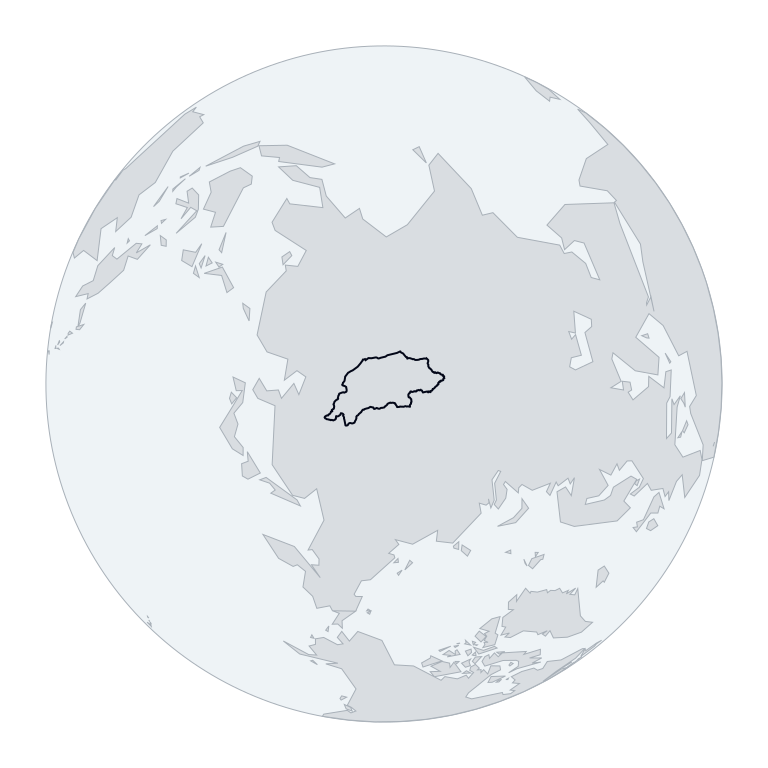 Mongolia on an orthographic globe, rotated 156°
{"feature_id": "MNG", "entity_name": "Mongolia", "entity_type": "country or territory", "adm_level": 0, "iso_a3": "MNG", "parent_name": "Asia", "parent_adm1": "", "projection": "orthographic", "projection_center": [102.872, 46.856], "detail": "fine", "context": "on_globe", "style": "outline", "palette": "ink", "viewbox_px": 768, "rotation_deg": 156, "n_neighbors": 0, "source": "natural_earth", "source_scale": "50m", "svg_char_len": 17808}
<svg xmlns="http://www.w3.org/2000/svg" viewBox="0 0 768 768"><g transform="rotate(156 384 384)"><circle cx="384" cy="384" r="338" fill="#eef3f6" stroke="#a8b0b8"/><path d="M574.3,104.8L575.4,105.5L573.3,106.9L550.3,100.8L548.0,97.0L542.7,96.7L545.3,101.8L548.2,105.4L533.6,116.8L538.5,141.1L551.0,152.0L539.7,147.7L570.8,171.6L580.5,190.2L562.8,167.4L555.8,163.8L559.0,175.1L552.5,174.0L550.3,179.1L542.2,177.0L532.5,164.7L527.1,163.3L529.7,171.5L523.2,175.2L520.2,163.2L508.6,168.6L490.2,150.6L488.7,123.2L471.7,114.4L452.4,90.1L447.4,91.9L436.9,84.8L427.3,84.6L426.5,80.8L419.5,84.0L422.1,87.5L419.9,90.2L414.5,90.6L412.5,85.7L414.9,84.8L411.5,83.6L412.8,81.0L409.1,82.5L407.2,76.9L401.0,83.1L392.8,79.3L393.8,75.5L404.2,75.0L432.4,67.5L436.6,64.8L432.0,60.7L401.3,54.0L401.6,51.9L394.3,49.6L389.3,50.7L393.2,53.1L382.1,55.3L388.2,58.7L384.6,60.3L386.7,64.8L375.0,65.3L362.6,63.5L360.2,60.1L354.7,59.5L347.7,64.1L334.5,59.9L310.4,61.5L308.2,60.7L320.5,55.6L343.8,51.4L359.7,47.7L337.9,51.5L332.8,50.7L327.1,51.5L320.7,52.8L318.1,53.9L314.0,54.3L334.1,49.8L338.1,49.4L331.7,50.6L342.6,48.9L356.1,47.2L355.8,47.3L381.4,46.1L406.9,46.9L432.4,49.6L457.6,54.2L482.3,60.7L506.5,69.1L530.0,79.2L552.6,91.2L574.3,104.8ZM697.3,262.8L694.9,258.8L695.2,257.2L697.3,262.8ZM694.2,259.1L694.9,259.9L694.4,259.8L694.2,259.1ZM694.3,260.9L694.2,259.6L694.7,261.7L694.3,260.9ZM694.9,264.1L694.5,262.2L694.7,262.6L694.9,264.1ZM694.8,267.4L694.6,268.0L694.0,265.8L694.8,267.4ZM550.6,107.4L546.0,102.1L546.1,98.2L550.7,102.6L550.6,107.4ZM549.5,116.3L545.5,113.1L551.7,112.7L552.1,114.6L549.5,116.3ZM561.5,160.6L559.0,154.7L563.6,160.9L561.5,160.6ZM551.4,180.2L554.2,182.3L551.9,184.2L551.4,180.2ZM392.9,64.4L389.9,64.6L391.1,63.6L392.9,64.4ZM396.7,66.4L400.3,65.1L402.7,65.9L400.4,66.6L396.7,66.4ZM537.4,182.8L532.8,185.4L535.8,180.6L537.4,182.8ZM391.8,67.8L406.4,67.5L410.4,69.0L405.1,73.2L391.8,67.8ZM529.0,185.6L518.1,192.7L523.3,197.8L502.3,188.0L518.6,184.8L521.4,177.8L523.8,183.5L529.0,185.6ZM425.3,88.5L422.3,84.7L429.8,87.6L425.3,88.5ZM430.7,89.8L457.0,96.1L458.8,102.4L449.6,98.7L455.9,107.1L443.8,106.9L437.6,102.3L438.9,98.2L433.3,101.4L430.7,89.8ZM492.4,181.8L488.3,182.0L490.7,179.5L492.4,181.8ZM419.7,91.6L424.8,92.1L426.7,97.4L416.7,97.5L419.3,95.7L419.7,91.6ZM463.5,109.6L463.1,113.9L453.2,114.8L451.8,116.7L443.7,107.5L463.5,109.6ZM416.1,94.7L411.6,97.4L405.7,95.3L414.7,91.5L416.1,94.7ZM431.4,98.9L431.8,101.6L428.3,100.0L431.4,98.9ZM382.5,90.4L388.6,90.4L390.1,93.1L382.5,90.4ZM410.3,98.6L412.3,99.3L413.6,100.5L409.5,101.9L410.3,98.6ZM437.3,109.0L433.2,108.7L440.1,112.8L432.9,114.1L428.8,107.8L427.6,111.1L425.4,111.5L424.5,106.0L437.3,109.0ZM409.2,107.1L401.5,100.2L389.8,99.4L388.1,96.8L407.3,98.8L409.2,107.1ZM418.3,106.9L412.3,106.4L413.2,103.2L417.9,101.6L418.3,106.9ZM429.6,117.3L441.6,116.9L442.1,118.4L429.6,117.3ZM405.6,107.4L407.5,109.1L404.7,107.7L405.6,107.4ZM422.0,114.8L426.2,114.4L426.6,116.0L422.0,114.8ZM407.9,113.0L405.4,110.7L408.5,109.4L407.9,113.0ZM414.2,114.3L413.8,116.7L411.1,110.3L416.0,113.8L414.2,114.3ZM421.7,116.4L423.3,117.3L419.9,116.4L421.7,116.4ZM397.5,119.5L393.4,111.8L400.3,108.9L403.4,116.6L397.5,119.5ZM112.4,183.0L124.4,184.5L117.2,198.6L115.8,232.3L113.9,239.2L103.4,246.4L93.9,290.6L103.3,289.9L105.2,323.9L113.3,340.5L135.0,324.3L121.9,296.5L130.1,280.9L149.1,293.9L162.1,319.4L165.7,314.2L166.3,290.0L178.3,288.3L167.6,281.1L165.2,289.6L158.5,285.6L160.2,277.8L164.3,277.2L163.0,268.2L143.4,274.0L139.0,283.3L129.8,266.6L121.5,280.6L115.9,280.0L127.8,256.1L133.5,251.6L148.1,219.3L141.3,222.3L127.0,253.4L127.4,247.2L118.1,252.7L125.6,243.7L143.0,210.2L140.7,195.6L122.2,194.7L124.2,185.8L132.9,172.2L155.4,158.0L148.5,179.8L156.4,176.1L171.2,161.6L167.8,169.8L173.0,166.9L171.7,175.1L183.1,178.2L183.8,186.0L201.0,179.9L203.7,183.3L192.8,185.8L185.5,192.1L188.8,213.0L193.2,214.8L204.1,209.4L203.6,216.3L213.8,208.5L221.9,218.3L220.5,200.2L233.3,194.5L245.2,196.9L249.1,192.1L229.9,188.4L222.4,190.0L216.4,196.4L195.8,199.4L191.9,194.1L212.5,179.5L209.3,170.7L226.7,164.1L268.1,176.5L278.9,186.2L269.8,215.2L260.0,216.1L258.3,205.8L248.1,221.0L254.5,217.0L254.2,223.1L266.3,220.2L266.6,224.4L277.7,214.7L279.4,219.6L272.4,225.7L291.8,226.6L298.8,236.1L303.1,234.4L305.6,229.9L312.8,245.6L315.7,243.6L314.4,237.7L319.2,230.2L330.4,223.3L332.3,229.1L328.5,232.3L323.3,248.3L312.9,256.7L314.8,258.5L324.3,252.6L330.6,233.0L336.8,227.3L335.3,236.6L336.3,232.8L340.0,231.8L345.4,236.4L347.8,226.5L385.9,210.7L400.1,219.1L394.5,228.5L423.0,226.0L436.9,237.2L435.7,231.4L448.6,227.4L444.4,223.8L444.8,220.8L476.0,210.7L484.7,213.4L496.8,204.1L496.2,201.4L490.3,198.7L502.3,188.0L523.3,197.8L523.7,203.4L536.6,206.4L535.5,219.1L540.6,231.5L531.9,244.8L536.7,254.1L541.2,254.3L551.2,267.6L555.8,295.8L532.0,272.0L521.0,233.0L523.8,248.4L517.2,244.9L514.5,250.6L516.9,261.9L520.9,263.2L494.2,284.0L488.1,315.7L503.1,311.8L512.8,319.5L519.0,355.8L492.4,408.5L505.1,422.2L506.2,432.2L495.7,439.9L493.9,425.4L482.9,421.5L483.5,412.6L466.1,421.2L466.1,408.9L452.5,422.3L458.1,431.6L473.5,428.0L461.7,445.8L477.8,460.9L480.0,480.4L454.2,516.0L427.3,527.1L425.8,532.8L414.9,526.5L400.7,537.6L421.0,568.6L420.5,577.3L397.3,593.0L396.8,586.9L368.1,570.0L362.8,589.8L384.5,607.2L392.0,625.2L375.3,619.1L367.7,602.7L357.5,596.2L360.3,579.2L351.9,551.4L335.0,554.4L336.3,543.4L322.1,517.4L297.9,520.0L259.4,539.7L254.0,565.7L240.8,572.7L224.8,527.0L225.5,498.2L214.8,496.2L202.5,463.8L167.0,439.4L166.3,429.9L158.7,428.2L150.7,412.1L151.4,397.0L144.5,391.4L143.9,431.4L151.7,437.6L164.4,433.3L162.3,445.2L170.5,462.9L145.7,474.4L100.2,456.0L103.2,434.5L107.0,356.0L111.1,351.5L111.4,350.8L111.9,349.3L104.6,355.2L107.8,340.5L97.8,390.4L92.8,407.5L99.5,456.4L97.0,457.1L101.4,469.7L124.4,485.1L122.9,491.1L107.5,507.6L82.1,511.8L89.8,539.4L95.3,556.4L89.3,549.4L78.0,527.4L68.3,504.6L60.4,481.2L54.1,457.2L49.6,432.9L47.0,408.3L46.1,383.6L47.0,358.9L47.1,358.4L48.2,346.0L48.5,343.9L52.4,319.2L58.1,294.8L65.5,271.0L74.8,247.7L85.7,225.2L98.3,203.6L112.4,183.0ZM108.7,193.2L105.6,196.5L108.7,193.2ZM168.3,358.8L181.0,373.3L188.4,352.7L193.9,356.8L194.4,348.6L188.9,351.2L192.0,330.0L202.2,331.8L207.4,324.2L203.4,319.0L184.1,319.4L179.5,349.3L170.9,352.0L168.3,358.8ZM331.6,51.0L329.9,51.3L323.3,52.5L326.2,51.8L331.6,51.0ZM295.3,60.9L289.4,61.4L295.6,60.2L298.5,58.8L315.1,55.1L308.0,60.2L308.2,58.3L295.3,60.9ZM335.3,52.5L325.5,53.6L336.5,52.2L335.3,52.5ZM203.0,145.2L198.2,150.3L192.3,151.2L191.5,143.2L200.1,141.6L203.0,145.2ZM192.8,157.6L213.5,146.4L214.8,151.6L210.6,150.4L209.4,155.0L202.2,154.5L183.3,171.1L176.9,173.1L178.9,156.1L181.8,160.2L186.3,154.7L192.8,157.6ZM263.9,115.0L272.9,112.0L264.1,126.9L256.8,128.1L255.5,119.7L263.4,113.3L263.9,115.0ZM379.7,76.1L383.7,75.2L384.2,76.4L381.3,78.1L379.7,76.1ZM385.2,90.2L362.8,81.8L366.2,80.1L349.0,78.0L351.4,73.1L362.5,74.5L351.3,69.6L362.3,68.8L353.8,66.2L378.2,69.8L387.6,69.5L376.2,71.5L373.8,75.9L375.6,77.8L387.7,83.0L406.7,85.3L407.3,90.7L402.7,93.9L398.3,94.1L399.2,90.4L392.5,93.4L390.6,88.4L385.2,90.2ZM348.4,137.5L351.4,131.5L337.7,139.8L335.6,133.4L334.1,134.8L328.5,131.5L319.0,130.0L319.6,126.8L315.7,127.7L311.8,125.7L306.6,125.9L305.9,120.6L299.5,120.5L302.8,118.1L291.9,119.6L299.7,116.2L295.5,113.8L290.2,118.3L298.9,92.3L296.6,85.2L290.4,81.5L304.6,77.0L319.4,78.1L332.5,83.1L332.7,91.1L339.1,88.0L341.0,91.1L335.2,92.2L345.4,92.4L345.4,95.3L357.1,101.8L371.8,101.0L376.4,103.7L370.7,105.5L379.3,107.0L371.7,112.4L374.8,114.6L370.4,122.4L357.6,125.2L362.1,127.5L359.0,134.1L348.4,137.5ZM395.9,121.6L381.0,125.6L372.6,124.3L383.8,111.2L382.0,108.5L388.8,100.8L400.9,103.0L397.8,104.9L397.7,107.3L394.0,105.7L396.8,108.9L392.7,111.8L393.7,115.1L388.6,115.4L395.9,121.6ZM118.2,240.3L117.9,244.6L118.8,249.9L113.0,253.9L118.2,240.3ZM129.6,217.3L130.3,219.9L122.5,227.3L122.8,223.2L129.6,217.3ZM137.4,215.4L131.0,219.5L134.6,214.8L137.4,215.4ZM194.1,188.2L195.6,191.0L193.1,192.9L189.2,193.2L194.1,188.2ZM307.1,163.2L310.2,159.3L312.3,159.8L323.4,154.8L325.8,159.5L320.0,164.3L307.1,163.2ZM128.9,323.3L122.7,322.7L123.2,318.1L125.2,319.2L128.9,323.3ZM114.5,286.8L114.6,297.9L112.9,287.7L114.5,286.8ZM311.6,167.4L315.9,164.7L314.4,168.7L311.6,167.4ZM328.1,162.7L327.5,167.1L327.3,159.5L328.1,162.7ZM125.7,589.9L130.6,607.2L121.9,597.3L113.8,586.4L107.6,572.5L115.6,578.5L117.7,575.0L125.7,589.9ZM476.4,656.0L486.3,655.1L485.9,656.0L476.4,656.0ZM466.1,654.4L477.5,653.0L464.0,656.7L466.1,654.4ZM481.9,652.3L493.6,648.4L498.6,645.9L497.6,648.0L481.9,652.3ZM458.3,655.5L415.5,658.4L398.6,656.1L402.6,652.6L430.1,652.7L458.3,655.5ZM401.3,652.5L375.3,641.5L339.6,605.2L352.4,607.3L389.7,630.1L387.3,633.4L403.1,642.2L401.3,652.5ZM463.9,629.5L461.4,639.6L437.9,641.0L427.2,640.0L419.8,627.5L423.9,620.6L432.7,620.4L466.6,593.3L478.5,597.8L468.1,609.4L477.8,617.2L463.9,629.5ZM255.4,568.7L262.4,586.3L255.3,586.5L255.4,568.7ZM480.1,573.7L466.6,586.7L478.9,570.0L480.1,573.7ZM487.2,558.0L488.2,563.8L482.6,558.9L487.2,558.0ZM425.6,541.6L416.3,543.3L416.0,538.8L427.7,534.0L425.6,541.6ZM481.6,496.5L481.8,510.3L480.2,515.2L475.8,507.5L481.6,496.5ZM338.2,207.8L320.1,209.2L308.6,214.3L304.6,223.1L302.4,211.7L320.1,203.8L338.2,207.8ZM379.8,209.5L383.1,202.5L386.9,205.6L386.6,207.6L379.8,209.5ZM378.1,205.2L372.5,196.7L377.8,192.8L381.2,200.3L378.1,205.2ZM341.4,180.8L335.8,180.8L337.1,177.4L341.4,180.8ZM546.6,680.2L545.3,680.5L538.1,684.4L546.5,679.2L535.4,685.6L532.3,685.8L521.3,689.6L456.3,711.5L442.8,713.2L448.0,710.5L439.1,703.4L443.7,703.1L442.9,696.1L482.2,682.6L511.0,661.1L530.9,656.4L547.2,639.2L567.1,632.4L560.0,644.4L579.3,641.0L595.9,613.4L604.1,628.2L615.6,625.0L614.6,630.6L603.8,640.7L576.2,661.9L546.6,680.2ZM665.9,570.4L662.8,574.8L662.0,575.1L663.9,572.7L665.9,570.4L665.9,570.4ZM677.0,549.9L677.6,549.5L676.6,551.2L677.0,549.9ZM676.2,550.8L678.0,547.1L677.3,549.2L676.2,550.8ZM668.0,552.7L669.6,550.0L670.1,550.2L668.0,552.7ZM500.9,652.2L515.0,642.3L522.4,639.8L500.9,652.2ZM666.3,552.4L662.7,555.9L663.2,554.3L666.3,552.4ZM666.8,549.2L666.6,547.8L668.4,549.7L666.8,549.2ZM660.2,552.0L664.4,550.9L659.6,552.9L660.2,552.0ZM657.4,555.0L654.2,556.5L654.4,555.7L657.4,555.0ZM617.5,586.9L630.1,589.2L619.4,596.1L607.6,596.7L597.3,608.5L574.5,618.2L580.0,611.8L577.2,606.7L553.1,613.3L548.2,610.5L557.0,604.5L540.8,606.2L558.6,598.2L565.7,605.0L575.6,593.8L592.4,588.2L608.3,583.2L620.7,582.5L617.5,586.9ZM558.3,618.3L561.3,617.2L558.5,620.8L558.3,618.3ZM647.9,557.1L652.6,557.2L652.0,558.7L649.6,560.1L647.9,557.1ZM623.6,579.2L637.1,563.2L640.1,561.2L631.1,575.4L623.6,579.2ZM634.0,560.5L640.0,557.4L643.1,559.2L641.8,561.3L634.0,560.5ZM521.9,621.3L521.2,624.0L516.5,623.2L521.9,621.3ZM528.0,618.2L542.1,616.8L526.7,620.7L528.0,618.2ZM484.6,618.4L488.7,624.0L502.2,617.5L491.9,625.2L500.8,633.3L497.7,637.6L488.9,628.7L485.5,640.2L479.5,641.0L476.4,632.1L482.5,619.2L488.5,613.1L512.6,606.2L484.6,618.4ZM528.0,610.6L524.3,604.2L527.0,598.4L531.1,601.3L528.0,610.6ZM512.8,588.2L502.5,580.9L493.4,586.3L511.7,569.3L518.6,579.1L512.8,588.2ZM503.8,569.1L495.2,574.1L503.9,564.4L503.8,569.1ZM492.9,571.2L491.7,564.5L498.6,564.2L492.9,571.2ZM508.2,568.5L509.5,556.4L513.1,562.6L508.2,568.5ZM488.2,549.2L503.3,558.2L484.1,556.6L482.2,533.2L490.3,531.4L488.2,549.2ZM526.8,438.6L524.2,431.4L531.2,427.8L531.0,433.7L526.8,438.6ZM551.8,411.2L532.3,424.5L516.2,435.7L521.7,438.0L519.1,451.8L510.2,441.5L520.6,424.5L533.0,418.4L533.7,406.8L542.1,396.7L538.5,383.3L541.8,376.0L548.9,386.5L551.8,411.2ZM536.4,377.8L533.2,353.0L547.0,352.4L550.8,357.6L546.5,369.1L539.5,368.7L536.4,377.8ZM536.5,347.0L529.7,346.6L510.6,313.5L510.0,306.6L531.8,330.3L526.5,331.4L528.8,339.9L536.5,347.0ZM490.1,184.9L488.4,182.3L492.2,183.8L490.1,184.9ZM442.2,218.9L443.4,215.2L447.7,216.7L442.2,218.9ZM448.9,205.8L443.2,206.6L448.5,203.3L448.9,205.8ZM430.6,209.1L440.6,205.7L432.2,212.5L430.6,209.1Z" fill="#d9dde1" stroke="#a8b0b8" stroke-width="1"/><path d="M326.6,364.9L327.0,364.9L327.8,364.5L327.9,364.3L328.0,363.8L328.3,363.5L329.1,363.4L329.3,363.5L330.0,363.6L330.4,363.9L330.7,363.9L330.8,363.8L330.9,363.5L331.1,363.4L331.3,363.8L331.8,363.8L332.1,363.7L332.2,363.3L332.4,363.2L332.6,363.3L333.0,363.4L333.3,363.1L334.0,362.9L334.1,362.7L334.1,362.3L334.2,361.8L334.6,361.6L335.1,361.7L335.5,361.6L335.7,361.1L335.9,361.0L336.6,360.9L337.7,360.6L338.2,360.6L338.7,360.2L339.0,360.1L339.8,359.7L341.0,359.5L341.3,359.6L341.4,359.3L341.8,359.1L342.0,359.1L342.5,358.6L342.9,358.5L344.3,358.6L344.7,358.2L344.8,357.8L345.1,357.8L345.3,358.2L345.8,358.7L345.9,358.9L346.1,359.0L346.4,358.8L346.6,358.5L346.8,358.4L347.2,358.6L347.3,359.3L347.6,359.6L348.2,359.7L349.5,360.0L351.2,360.3L351.8,360.4L351.9,360.7L352.0,361.9L352.0,362.4L352.1,362.7L352.3,362.8L352.7,363.3L352.8,363.7L353.2,363.6L354.0,363.7L354.3,363.9L354.4,364.2L354.6,364.4L355.7,364.5L355.9,364.6L356.2,364.7L356.3,364.5L356.9,364.4L357.2,364.2L357.5,364.2L357.7,364.5L358.0,364.5L358.1,364.3L358.3,364.4L358.9,364.7L359.1,365.0L359.4,365.1L359.9,365.0L360.0,365.1L360.6,365.1L361.7,365.3L362.1,365.8L362.2,366.1L362.4,366.3L363.0,366.3L363.8,365.7L364.0,365.3L364.5,365.2L365.0,365.2L365.3,364.9L365.6,364.8L366.0,364.5L366.6,363.2L366.8,362.1L366.8,361.8L366.6,361.7L366.3,361.6L365.9,361.1L365.7,360.4L365.7,359.9L365.3,359.1L365.4,358.7L365.7,358.0L365.8,357.4L365.9,357.0L366.0,356.8L366.3,356.4L366.5,356.2L366.8,356.2L367.0,355.7L367.3,355.1L367.5,354.9L368.6,354.5L369.1,353.9L369.2,353.6L369.4,352.9L369.6,352.7L369.8,352.8L370.1,353.2L370.3,353.2L371.4,353.9L372.5,354.2L373.2,354.9L373.6,355.1L375.2,355.2L377.9,356.5L378.5,356.9L378.8,356.8L379.2,356.8L381.2,357.5L381.4,357.7L381.4,358.0L381.3,358.3L381.3,358.9L381.5,359.3L381.6,360.2L381.6,360.6L381.6,360.8L381.8,360.9L381.9,361.2L381.8,361.7L381.8,362.0L382.0,362.3L382.5,362.4L382.8,362.8L383.3,363.2L384.0,363.5L385.1,363.8L385.4,363.9L385.6,364.3L386.1,364.4L386.9,364.6L387.5,364.4L388.6,364.5L388.9,364.4L389.6,363.8L390.0,363.6L390.5,363.5L390.8,363.4L391.9,363.1L392.4,363.1L393.0,362.6L393.4,362.5L394.6,362.8L395.3,362.9L396.1,363.3L396.6,363.4L397.9,363.2L398.4,363.3L399.4,363.9L399.8,364.5L400.5,365.1L402.0,365.0L403.1,365.2L403.2,365.3L403.2,365.7L403.3,366.7L403.4,366.9L403.6,366.9L403.7,367.2L404.4,367.6L405.2,368.3L405.7,368.6L406.0,368.7L406.5,368.5L408.4,368.4L409.3,368.6L409.6,368.7L412.2,369.0L412.6,368.7L413.0,368.7L413.8,369.1L414.1,369.0L414.6,368.8L416.4,367.5L416.8,367.6L417.9,367.1L419.2,366.8L420.2,366.1L420.7,366.0L421.4,366.0L421.8,365.9L422.7,365.2L423.0,364.1L424.3,362.7L425.4,362.0L426.0,361.3L426.8,360.7L427.1,360.8L428.5,360.7L429.5,361.1L429.9,361.5L430.7,362.1L431.3,362.3L432.4,362.2L433.8,361.2L434.1,361.1L434.7,361.2L435.5,361.4L435.8,361.6L436.0,361.9L434.6,368.0L434.7,368.4L434.5,369.0L434.1,369.7L434.1,370.4L434.2,371.1L434.3,371.6L433.4,372.5L433.7,373.5L434.0,373.9L434.4,374.3L435.3,374.8L435.6,374.6L435.9,374.1L436.4,373.6L437.5,373.5L438.0,373.3L438.4,373.2L439.0,373.2L439.7,373.3L440.2,373.6L440.6,374.0L440.9,374.0L441.2,373.4L441.5,373.0L442.1,371.8L442.9,371.6L443.1,371.4L443.5,371.3L443.9,371.4L444.9,371.3L445.2,371.4L446.2,372.4L447.3,372.6L447.5,372.7L447.8,373.2L448.0,373.4L448.6,373.6L448.8,373.9L449.7,374.6L450.6,375.1L450.8,375.4L450.9,375.7L451.1,376.0L451.7,376.6L451.7,377.0L451.8,377.3L451.8,377.7L451.2,378.2L450.9,378.3L450.3,378.3L449.8,378.5L449.1,378.5L448.5,378.3L448.2,378.1L447.7,378.0L447.3,378.5L447.0,378.5L446.8,378.7L445.7,378.7L444.8,379.2L444.2,379.6L443.9,380.1L443.7,380.3L443.4,380.3L442.8,380.1L442.4,380.1L442.3,380.3L442.2,381.1L442.3,381.3L442.2,381.5L440.8,381.8L440.3,381.7L440.1,381.8L439.7,382.2L439.5,382.3L439.3,382.5L439.2,383.0L438.6,383.8L438.3,385.1L438.5,385.6L438.4,386.0L438.1,386.3L437.8,386.4L437.4,386.8L436.5,387.9L434.5,388.7L433.5,388.9L432.8,388.8L432.4,388.9L432.1,389.1L431.9,389.2L431.9,389.8L431.7,390.2L430.8,391.3L430.5,391.8L430.3,392.0L429.7,392.3L428.9,393.3L428.6,393.4L427.4,393.3L426.4,393.3L424.9,393.1L424.4,392.9L424.0,392.4L423.6,392.2L422.3,392.3L422.0,392.2L421.4,392.4L420.9,393.0L420.5,393.9L420.2,394.9L420.1,395.8L419.8,396.4L419.8,396.7L420.0,397.0L420.4,397.7L420.8,398.2L421.9,399.1L422.4,399.7L422.5,400.1L422.5,400.3L422.3,400.5L421.8,400.7L421.0,401.8L420.8,401.8L418.8,402.9L416.7,406.1L416.5,406.5L413.6,408.1L412.5,408.7L412.1,408.9L411.2,408.9L409.3,409.2L407.0,409.2L401.0,410.5L397.1,412.4L394.7,413.8L394.2,414.0L393.6,414.7L393.3,414.9L392.8,414.6L391.2,414.5L391.1,413.3L387.7,414.0L384.9,412.6L380.9,411.7L380.1,411.3L379.7,410.9L379.0,409.8L378.7,409.6L378.0,409.4L376.3,409.3L371.5,408.4L369.2,408.9L359.5,407.1L356.0,407.2L355.8,407.0L355.8,406.4L355.7,406.0L355.2,405.4L354.8,404.9L354.2,404.2L354.0,403.8L353.9,403.1L353.1,400.3L352.9,399.7L352.7,399.4L352.2,399.3L352.1,399.1L352.1,398.7L352.4,397.8L352.3,397.7L351.1,397.7L349.7,397.0L348.9,396.2L348.4,395.8L347.7,395.0L346.8,394.7L346.4,394.4L346.0,393.7L345.7,393.3L345.1,393.0L344.2,392.6L342.2,392.0L341.3,392.1L340.7,392.0L339.7,391.7L339.1,391.4L337.3,391.1L336.7,390.8L336.2,390.7L335.9,390.5L335.6,390.2L335.2,390.0L334.8,389.9L334.7,390.0L334.5,389.6L334.2,388.9L334.2,388.6L333.9,387.9L334.3,386.8L334.8,386.1L335.0,386.0L335.7,385.2L335.8,384.8L335.7,384.3L335.6,383.8L335.7,383.4L335.9,383.1L336.3,382.3L336.3,382.1L336.2,381.9L336.3,381.0L336.0,379.7L335.5,379.4L334.9,377.6L334.8,377.3L334.9,376.9L334.8,376.3L334.6,375.7L334.6,375.3L334.5,375.2L334.1,375.0L333.8,374.7L333.7,374.3L333.7,374.0L333.6,373.8L333.4,373.7L333.1,374.0L332.8,374.0L332.6,374.0L332.1,373.4L331.9,372.8L331.7,372.6L331.1,372.5L330.5,372.7L330.0,372.5L329.6,371.9L329.3,371.7L328.4,370.9L328.5,370.3L328.4,369.9L328.0,369.7L327.7,369.2L326.5,368.5L326.5,368.3L326.5,368.2L326.9,367.9L327.0,367.7L326.9,367.5L326.2,367.0L326.2,366.8L326.0,366.4L326.1,366.2L326.5,366.0L326.6,365.8L326.5,365.6L326.5,365.3L326.6,365.1L326.6,364.9Z" fill="none" stroke="#020617" stroke-width="2"/></g></svg>